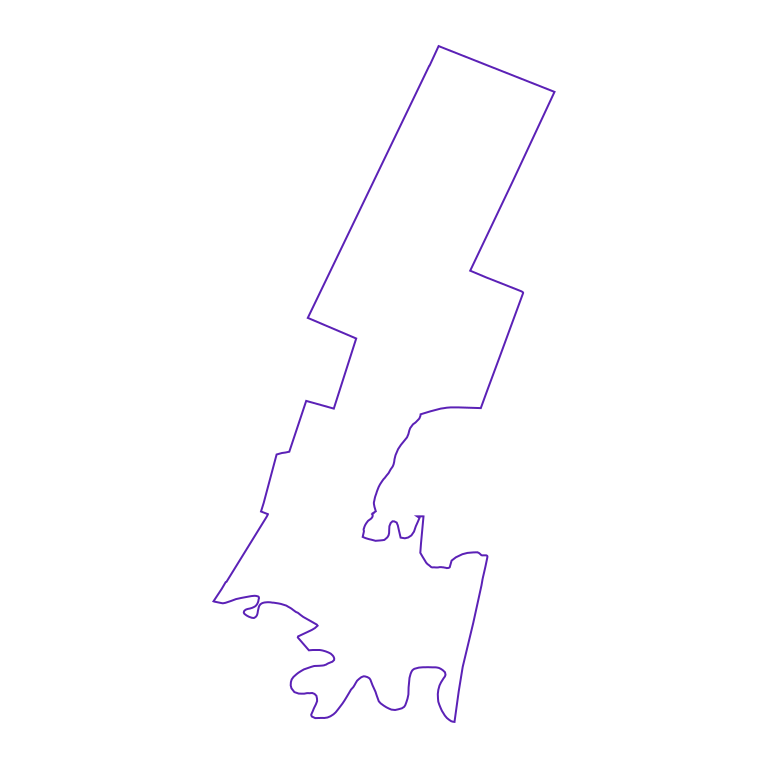 Sarateni, Ialomita, Romania (Natural Earth projection)
{"feature_id": "2599482B52880739545747", "entity_name": "Sarateni", "entity_type": "district", "adm_level": 2, "iso_a3": "ROU", "parent_name": "Romania", "parent_adm1": "Ialomita", "projection": "natural_earth1", "projection_center": [26.94, 44.652], "detail": "fine", "context": "isolated", "style": "outline", "palette": "violet", "viewbox_px": 768, "rotation_deg": 0, "n_neighbors": 0, "source": "geoboundaries", "source_scale": "gbopen_adm2", "svg_char_len": 5330}
<svg xmlns="http://www.w3.org/2000/svg" viewBox="0 0 768 768"><path d="M438.6,46.1L429.6,65.6L429.3,65.7L384.5,158.7L339.7,251.7L307.8,317.9L356.2,338.5L333.8,408.6L306.2,400.9L289.3,451.7L285.6,452.5L282.0,453.0L279.4,453.7L276.6,454.5L271.8,472.5L263.7,502.9L261.0,511.5L267.2,513.9L267.8,514.0L267.9,514.4L266.7,516.7L226.5,581.8L226.1,582.0L225.7,582.1L221.7,588.9L213.5,601.3L214.3,601.6L221.1,603.0L222.9,603.3L225.5,602.8L231.2,600.9L236.0,599.1L241.5,597.9L246.9,596.9L251.3,596.1L254.3,595.8L256.0,595.9L258.0,596.4L258.6,596.8L258.8,597.3L259.0,598.1L258.6,599.5L258.3,601.3L257.8,602.7L257.2,604.0L256.4,605.1L255.5,606.1L253.8,607.1L252.0,607.9L250.0,608.5L248.0,608.9L246.9,609.2L246.7,609.3L245.7,609.7L244.6,610.6L244.1,611.2L243.9,612.0L243.8,612.7L244.1,613.3L244.4,613.8L245.0,614.3L246.2,615.2L246.6,615.5L247.6,616.0L248.6,616.6L249.9,617.1L251.9,617.8L253.0,617.9L253.9,618.0L255.0,617.4L256.1,616.5L256.9,615.3L257.4,613.9L257.7,612.4L257.9,611.0L258.7,607.5L259.2,606.0L260.3,604.4L261.7,603.4L262.9,602.9L264.4,602.5L266.5,602.3L267.9,602.2L270.3,602.3L272.8,602.7L273.8,602.7L278.3,603.4L280.8,603.9L284.4,605.0L286.3,605.6L288.3,606.8L290.3,607.9L291.7,608.8L292.7,609.6L295.8,611.9L297.9,612.8L300.5,614.9L303.2,616.9L316.8,624.6L317.6,625.7L314.9,628.1L311.9,629.9L298.1,636.4L297.8,637.5L308.9,650.3L312.8,650.0L319.7,650.0L321.0,650.2L322.6,650.5L325.7,651.4L328.5,652.5L330.8,653.7L332.8,655.6L333.5,656.6L334.2,658.3L334.1,660.0L332.4,661.7L331.5,662.0L330.1,662.6L328.8,663.1L327.5,663.7L326.1,664.6L325.1,664.9L324.1,665.3L322.9,665.5L321.7,665.6L319.2,665.8L316.7,665.9L314.2,666.0L311.4,666.8L303.9,669.4L301.3,670.9L298.6,672.6L297.4,673.5L296.3,674.4L293.5,676.9L291.7,679.4L290.9,682.1L290.7,685.4L291.5,688.4L294.4,692.1L298.8,693.6L304.0,693.7L307.2,693.1L309.7,693.2L310.9,693.1L312.2,693.0L314.5,693.9L316.4,695.8L317.0,698.6L317.1,701.1L315.9,704.3L314.2,707.7L313.7,708.8L313.0,710.6L312.3,712.2L311.6,713.7L311.2,714.9L311.5,715.7L311.8,716.5L315.2,718.1L318.8,718.0L322.6,717.9L324.2,718.0L327.5,717.5L330.4,716.3L333.5,714.3L335.7,712.3L337.7,709.8L339.7,707.2L342.5,703.5L344.5,700.5L346.7,696.9L349.5,692.2L351.0,689.6L353.3,687.1L354.6,685.0L355.7,683.0L357.1,680.7L359.1,678.9L361.3,677.2L363.6,676.3L365.0,676.4L367.4,677.1L369.4,678.3L370.4,679.7L372.5,685.2L375.5,691.8L376.7,695.5L378.8,701.3L380.7,703.4L383.7,705.6L386.4,707.3L388.8,708.5L391.4,709.6L395.1,710.0L398.3,709.3L401.9,708.3L404.2,706.8L405.3,705.1L406.3,702.4L407.5,698.7L408.4,694.5L408.5,690.9L408.6,687.3L408.9,684.4L409.5,677.9L410.6,673.8L411.5,671.7L412.3,670.4L413.3,669.5L414.4,668.8L418.9,667.6L422.6,667.3L428.2,667.2L431.5,667.3L435.1,667.3L436.9,667.5L438.8,667.9L440.7,668.8L442.7,670.1L445.0,672.3L445.5,674.8L444.9,676.5L443.5,678.4L441.0,682.4L439.5,685.5L438.3,689.9L437.8,694.1L438.0,698.7L438.3,701.7L439.3,704.7L440.6,707.9L441.9,710.8L443.4,713.2L444.8,715.5L446.9,718.0L449.0,719.7L451.2,721.2L452.9,721.7L454.5,721.9L458.7,691.5L462.7,666.9L473.3,622.7L481.5,585.3L482.4,580.1L482.4,579.8L482.5,579.5L482.8,578.0L484.1,572.4L485.4,566.7L486.2,562.9L487.0,559.0L487.3,557.6L487.4,556.6L487.4,556.3L487.3,556.1L487.1,555.8L486.8,555.6L486.4,555.4L486.0,555.3L485.4,555.3L484.5,555.3L483.2,555.3L482.6,555.4L482.0,555.3L481.4,555.2L480.9,554.7L479.7,553.6L478.8,552.9L478.3,552.7L478.0,552.6L477.6,552.3L473.4,552.4L467.5,552.9L462.4,554.2L455.9,557.3L451.6,560.6L449.7,567.3L448.7,567.9L446.8,568.1L446.2,567.9L445.2,567.7L444.6,567.6L444.0,567.5L443.6,567.4L443.2,567.3L442.5,567.3L441.8,567.2L440.6,567.1L439.9,567.1L439.2,567.2L438.4,567.4L436.8,567.5L434.9,567.4L434.0,567.3L432.7,567.4L431.9,567.3L431.6,567.2L431.1,567.0L430.4,566.4L430.1,566.1L429.0,565.2L428.3,564.7L427.5,564.1L426.1,562.6L425.6,561.7L422.6,556.8L420.3,552.8L421.0,543.4L423.5,516.4L422.4,516.3L419.8,516.3L417.1,516.3L419.5,517.9L417.7,522.1L415.8,526.3L414.0,531.6L411.4,535.4L408.2,537.5L404.9,538.3L400.6,537.6L398.9,530.3L397.8,525.3L397.2,524.0L396.7,522.6L394.3,521.4L392.5,521.3L390.7,523.0L389.4,526.2L389.3,528.0L389.2,529.9L389.1,533.0L388.6,535.2L388.0,536.3L387.3,537.4L384.4,539.9L382.5,540.2L380.6,540.4L378.1,540.6L375.5,540.8L373.3,540.2L371.0,539.6L369.6,539.3L368.1,538.9L365.5,538.1L362.7,536.9L363.9,531.5L363.9,531.2L363.9,530.7L363.7,530.2L363.6,529.7L363.7,529.3L363.7,528.9L364.0,528.4L364.1,527.9L364.2,527.6L364.2,527.3L364.5,526.8L364.6,526.4L365.1,525.2L365.8,524.0L366.3,523.2L367.4,521.7L368.1,520.8L369.2,520.0L370.6,519.0L371.3,518.4L372.2,517.3L372.7,515.9L372.6,515.2L372.4,514.6L372.1,514.2L373.2,513.5L372.9,513.2L375.8,511.3L375.6,510.7L375.0,508.6L374.5,507.0L374.2,505.4L373.9,503.9L373.9,502.3L374.2,501.1L375.0,497.3L375.6,495.4L376.3,493.5L376.7,492.1L377.2,490.7L378.6,487.1L380.0,484.4L381.1,482.7L382.3,480.9L383.6,479.1L384.7,478.0L386.6,475.5L388.6,473.1L390.7,469.3L392.7,466.5L393.6,464.3L394.2,461.7L394.5,459.3L395.5,455.2L398.1,449.1L400.9,444.9L407.0,437.4L408.4,434.1L409.3,430.5L410.2,428.1L413.0,424.3L415.5,422.5L419.3,418.6L420.4,415.9L420.6,414.3L430.5,411.3L436.2,409.8L440.8,408.6L443.7,408.2L446.8,407.7L450.7,407.4L454.3,407.4L458.4,407.4L480.8,408.1L487.4,390.0L499.6,357.1L511.3,325.2L523.1,293.1L523.1,292.7L522.6,292.0L521.1,291.2L485.9,277.3L470.2,270.7L512.8,181.2L554.5,91.9L438.6,46.1Z" fill="none" stroke="#5b21b6" stroke-width="2"/></svg>